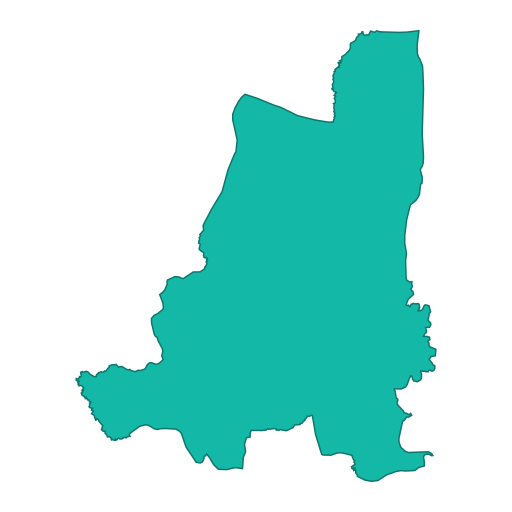 Chaloem Phra Kiat, Buri Ram, Thailand (Mercator projection)
{"feature_id": "78962969B72418392549656", "entity_name": "Chaloem Phra Kiat", "entity_type": "district", "adm_level": 2, "iso_a3": "THA", "parent_name": "Thailand", "parent_adm1": "Buri Ram", "projection": "mercator", "projection_center": [102.88, 14.577], "detail": "fine", "context": "isolated", "style": "filled", "palette": "teal", "viewbox_px": 512, "rotation_deg": 0, "n_neighbors": 0, "source": "geoboundaries", "source_scale": "gbopen_adm2", "svg_char_len": 5984}
<svg xmlns="http://www.w3.org/2000/svg" viewBox="0 0 512 512"><path d="M418.9,30.7L407.0,32.1L399.3,32.4L380.6,31.9L376.6,30.9L374.6,32.3L370.6,31.1L368.8,34.7L364.5,35.2L363.6,34.8L362.7,31.7L361.9,31.9L361.0,33.9L358.4,34.1L358.9,35.3L356.6,37.4L355.8,39.9L354.4,41.3L350.7,43.2L350.3,44.5L350.4,48.1L348.9,50.8L345.4,54.4L341.9,56.6L341.9,59.9L339.8,60.7L341.2,61.9L341.1,62.7L339.0,62.3L338.1,62.7L338.3,63.4L339.4,63.7L339.0,64.5L339.5,65.7L338.5,66.3L339.1,67.3L337.5,67.5L335.5,69.0L335.0,69.7L335.3,71.1L334.1,71.5L334.4,73.1L333.0,75.5L333.5,78.3L332.9,79.4L333.8,81.0L333.5,83.0L332.4,84.3L332.9,87.4L331.8,88.9L332.2,89.4L333.3,89.2L333.2,90.4L334.1,91.6L336.0,92.1L336.4,92.7L335.1,93.7L335.1,94.9L334.2,95.4L335.6,96.3L334.2,98.4L335.3,100.2L335.1,103.1L333.5,103.5L334.1,104.4L333.9,108.6L334.4,109.7L333.8,111.8L334.8,112.4L334.3,114.7L335.3,115.9L334.0,117.1L334.4,118.4L333.5,120.1L333.4,122.0L328.0,122.1L315.1,120.0L297.5,115.6L280.9,107.4L273.8,105.1L256.6,98.1L245.0,94.3L241.5,97.4L238.4,101.7L235.1,107.9L232.8,114.0L232.7,119.8L237.2,139.9L235.9,152.0L234.7,153.6L228.0,169.9L222.1,191.6L211.6,209.1L203.6,224.3L203.1,226.1L203.7,230.1L199.8,234.6L200.6,235.8L199.2,237.6L199.6,240.2L198.9,240.8L198.8,243.4L199.8,243.5L200.2,244.2L199.1,249.1L200.1,249.8L200.1,250.4L203.6,252.6L203.9,253.4L203.4,255.5L204.1,257.5L205.5,257.9L206.6,257.5L207.4,259.1L207.4,259.7L206.6,259.6L206.8,261.5L206.1,261.9L206.9,263.6L205.7,266.3L204.7,267.1L204.7,268.8L199.9,271.9L193.2,272.0L183.5,278.5L181.8,278.4L179.2,277.0L175.0,276.6L167.5,280.0L167.0,281.4L167.2,284.0L164.8,289.9L162.7,292.3L159.7,294.6L162.9,302.9L163.4,307.2L163.0,309.2L157.7,313.6L154.1,315.3L151.5,318.4L151.6,323.1L154.3,334.2L155.4,336.3L157.3,337.6L158.1,340.8L162.3,348.6L162.8,351.6L161.7,355.9L163.2,359.5L159.6,363.0L157.2,364.2L155.8,364.2L151.4,362.7L149.4,362.9L147.2,364.9L145.0,369.0L140.6,370.5L138.0,370.2L136.1,371.4L134.9,371.5L131.0,370.6L129.9,369.4L128.4,369.9L126.5,369.3L122.0,366.5L118.3,367.0L116.0,364.4L113.7,364.9L112.6,364.6L109.3,365.8L108.9,367.8L108.0,368.1L105.7,371.3L104.6,371.0L103.7,371.9L101.9,372.3L101.3,371.8L98.5,372.6L98.4,373.7L97.5,373.8L96.5,374.7L96.2,376.6L93.9,376.5L92.5,375.7L89.9,374.1L87.9,371.9L86.0,371.3L83.1,372.3L82.2,371.5L80.6,372.4L81.3,375.7L80.6,377.1L79.6,376.6L78.4,379.2L76.4,378.7L76.7,379.3L76.1,380.0L77.4,381.1L78.1,380.8L79.0,381.4L77.9,382.6L78.8,383.0L78.1,384.3L79.1,385.9L80.0,385.4L81.9,385.8L83.7,387.8L82.3,389.8L83.4,390.1L83.5,390.6L82.1,391.1L82.5,392.4L81.3,393.0L82.2,395.5L84.1,396.1L84.5,397.4L85.9,397.2L85.5,398.6L87.0,398.5L87.6,399.9L89.2,400.2L89.4,401.9L90.7,401.8L90.7,402.8L89.5,403.9L89.7,405.5L89.0,406.8L90.0,407.7L92.5,408.3L91.7,409.1L91.6,410.2L92.9,410.6L93.3,411.2L91.6,413.8L94.0,415.2L95.7,420.2L96.4,419.9L96.2,418.5L97.0,418.6L98.6,420.0L98.7,421.0L102.9,425.9L102.1,427.2L102.3,428.5L101.5,429.0L101.5,429.7L103.4,431.4L105.2,431.2L105.1,433.3L106.8,435.1L107.4,436.9L109.4,436.7L111.4,438.1L111.1,439.1L111.6,440.0L112.8,439.6L114.2,440.3L115.9,440.3L115.6,439.0L117.1,439.5L118.3,438.2L120.1,439.0L122.0,438.9L122.3,438.2L122.8,438.3L124.3,437.3L126.1,437.9L127.5,436.6L130.0,436.4L129.4,434.5L129.7,433.6L139.6,426.3L144.8,425.0L147.1,424.9L149.3,425.7L154.3,428.8L157.3,429.5L160.5,428.7L165.5,428.5L175.9,429.1L179.6,431.3L181.4,433.5L186.1,447.1L196.2,462.3L200.3,463.0L202.3,462.0L204.1,458.4L203.8,456.4L205.5,455.9L206.7,454.0L209.6,457.8L213.7,464.7L218.5,469.3L226.5,469.6L235.2,467.6L242.5,468.6L243.3,457.3L245.6,451.9L244.5,444.2L246.5,437.6L250.1,437.1L250.1,433.5L251.1,430.4L262.2,430.5L266.1,430.1L267.5,428.7L268.9,429.3L274.7,428.5L276.1,428.9L276.3,430.1L279.1,430.2L280.1,429.6L286.0,430.7L287.3,430.4L293.0,427.6L294.7,425.0L300.1,424.5L300.4,423.6L302.3,423.0L303.2,421.5L304.4,420.8L305.0,419.9L304.7,419.6L306.7,417.8L307.2,416.2L309.4,416.2L312.0,415.2L312.4,415.8L315.6,434.6L321.7,454.4L322.9,455.0L330.9,455.2L337.0,453.1L339.7,452.7L343.1,453.1L351.8,455.3L353.6,459.9L354.6,460.6L353.9,462.2L354.6,462.7L355.0,464.3L351.5,466.7L352.0,468.5L352.4,468.8L353.5,468.0L353.7,470.0L354.9,468.6L354.6,470.3L355.8,470.5L355.6,472.8L357.2,474.9L357.4,476.4L365.0,480.1L371.3,481.3L378.0,480.5L386.7,474.8L395.6,471.6L400.9,470.6L405.6,471.0L414.9,470.5L418.9,467.4L424.3,466.0L424.4,462.2L423.5,457.0L424.6,454.8L427.2,454.1L429.0,454.3L431.9,455.8L432.8,455.5L431.5,453.5L428.4,451.8L408.3,452.5L405.4,451.4L400.8,447.3L399.0,442.2L398.9,438.4L402.6,421.3L404.3,420.3L406.5,417.2L409.0,417.0L411.7,415.2L410.6,413.4L409.0,414.8L406.7,413.3L404.1,412.9L403.5,411.0L397.8,405.1L396.9,402.6L397.8,400.5L397.8,399.2L396.5,398.1L396.0,396.8L395.1,390.8L394.4,390.1L394.4,388.8L401.2,389.0L405.6,387.0L407.3,384.3L409.1,378.9L410.8,375.9L411.4,375.8L412.1,376.7L412.6,379.1L413.8,381.0L417.6,381.7L420.6,379.8L421.3,378.6L421.6,374.0L420.5,371.8L420.7,371.0L427.9,371.8L429.0,370.3L429.8,370.2L432.1,371.2L433.8,370.4L434.9,368.4L434.7,365.6L433.1,365.1L432.5,363.6L429.2,359.3L430.8,356.7L435.3,355.8L435.9,349.3L429.6,346.7L428.9,345.0L429.0,343.1L427.7,341.4L429.9,339.6L429.5,337.2L427.2,336.5L423.5,336.4L424.9,333.6L426.6,332.1L425.6,327.4L429.5,327.3L430.9,324.5L430.5,322.7L427.9,320.4L429.1,315.3L428.9,313.4L430.1,312.8L430.6,311.7L428.9,305.7L425.3,304.8L424.2,305.6L422.5,309.5L420.9,310.6L419.8,310.4L418.2,311.1L418.0,310.6L419.4,308.5L419.6,306.4L418.9,304.2L418.3,303.6L415.0,303.9L413.1,303.4L412.6,304.0L411.2,304.1L410.4,306.1L409.5,306.6L408.6,305.2L406.8,305.5L406.0,304.9L408.3,299.1L413.5,294.5L413.0,291.7L410.9,289.3L412.5,286.2L411.7,284.7L411.9,281.7L409.9,282.0L406.9,280.4L406.1,278.1L405.6,260.7L406.5,253.6L404.7,243.3L404.8,234.9L406.7,219.6L410.3,205.0L416.0,200.3L418.1,197.2L419.4,194.4L420.6,184.3L422.1,183.0L422.2,177.0L420.5,170.8L420.5,168.9L422.3,166.2L423.2,162.9L423.5,157.1L422.2,133.6L423.5,88.9L422.9,72.1L422.5,65.9L419.8,59.0L418.5,57.2L417.4,53.5L417.1,45.3L418.9,30.7Z" fill="#14b8a6" stroke="#0f766e" stroke-width="1.5"/></svg>